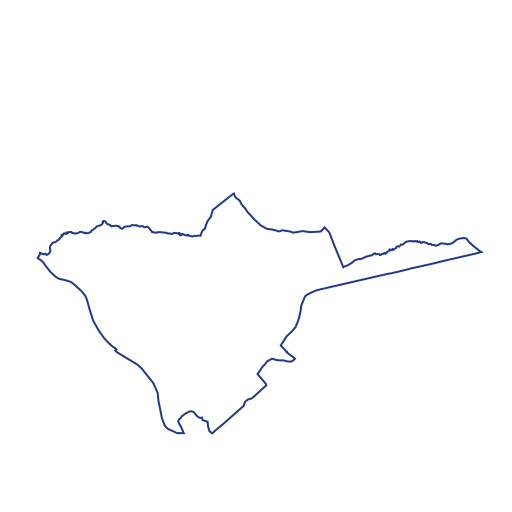 Oboga, Olt, Romania, rotated 141°
{"feature_id": "2599482B49636581279987", "entity_name": "Oboga", "entity_type": "district", "adm_level": 2, "iso_a3": "ROU", "parent_name": "Romania", "parent_adm1": "Olt", "projection": "mercator", "projection_center": [24.07, 44.419], "detail": "fine", "context": "isolated", "style": "outline", "palette": "blue", "viewbox_px": 512, "rotation_deg": 141, "n_neighbors": 0, "source": "geoboundaries", "source_scale": "gbopen_adm2", "svg_char_len": 6125}
<svg xmlns="http://www.w3.org/2000/svg" viewBox="0 0 512 512"><g transform="rotate(141 256 256)"><path d="M353.4,379.3L353.6,378.6L353.9,378.2L355.0,377.8L356.4,377.5L357.3,377.7L361.1,379.1L363.6,378.8L365.2,379.1L366.1,379.0L367.5,379.2L369.1,378.7L369.8,378.7L370.3,379.1L371.9,379.2L372.7,379.9L373.5,380.3L373.4,380.8L373.6,381.2L374.7,381.6L375.0,381.9L375.2,382.3L375.3,382.7L375.8,383.6L377.3,385.3L378.3,385.7L380.0,385.9L382.2,387.0L382.8,387.9L384.2,389.3L384.3,389.8L384.3,390.7L384.4,390.9L385.6,391.6L386.1,392.3L386.8,392.2L387.3,392.6L388.3,392.3L388.5,392.3L388.6,392.5L388.4,393.3L388.5,393.5L388.9,393.2L389.1,392.6L389.4,392.5L389.9,392.9L390.1,393.7L390.5,394.1L391.2,394.4L392.0,394.0L392.7,393.9L393.1,394.6L393.6,394.7L394.0,394.4L393.8,393.6L394.0,393.4L395.4,393.5L396.5,393.4L397.4,393.5L398.3,392.7L398.8,392.7L400.4,393.1L402.8,393.0L405.8,394.2L408.9,393.5L409.8,393.1L410.7,392.4L411.8,390.9L412.0,390.5L412.1,389.8L412.4,389.6L413.0,389.1L415.2,388.1L416.2,388.4L417.3,388.3L418.0,388.7L418.3,389.3L418.3,390.3L418.8,390.5L419.4,390.6L419.8,390.8L420.0,391.6L420.4,392.0L420.9,392.3L421.5,393.7L421.9,394.4L422.0,394.5L422.5,394.2L423.2,393.1L423.7,392.9L426.9,392.0L426.8,391.0L425.8,388.1L425.4,384.9L425.4,383.2L425.6,382.7L425.8,373.1L424.8,366.2L423.4,362.2L419.7,357.6L416.9,353.5L415.8,351.3L414.5,344.0L413.7,338.2L413.8,331.7L415.7,326.5L418.2,320.9L422.9,309.2L423.6,306.5L425.1,297.0L425.7,288.2L425.5,283.6L424.8,277.3L423.5,272.9L423.4,271.2L424.9,271.2L424.8,269.3L416.5,246.1L415.6,240.5L415.8,221.8L418.6,211.5L422.9,204.9L431.1,189.3L433.6,181.9L433.3,177.2L428.6,167.8L423.6,163.8L421.6,171.2L421.5,172.7L421.2,174.3L420.4,176.6L419.4,177.2L418.3,177.5L417.0,177.3L415.0,178.1L410.8,178.0L406.7,177.3L404.7,176.6L403.1,174.9L402.7,174.2L402.6,173.5L402.5,171.6L402.7,170.6L402.4,167.9L402.0,166.6L401.5,165.7L400.9,165.1L399.7,164.4L400.8,162.1L397.9,157.7L400.3,154.1L402.4,149.3L401.6,145.7L397.1,146.0L387.6,146.1L360.0,147.3L359.2,147.7L357.6,148.9L356.5,149.4L355.2,149.6L353.5,149.6L352.6,149.5L351.4,149.1L349.3,148.1L348.2,148.0L345.0,148.1L334.1,148.8L330.2,148.9L329.3,149.1L328.8,150.9L329.1,162.9L328.8,163.5L328.3,163.7L327.1,163.8L325.4,164.3L321.5,165.6L319.2,166.1L317.7,166.0L314.3,167.0L313.4,167.1L308.1,166.0L307.6,165.6L306.0,162.8L303.2,159.9L301.5,158.6L300.1,157.3L297.7,154.0L295.9,152.4L294.6,151.7L293.4,151.4L290.7,151.6L290.2,151.8L292.4,160.3L292.7,162.2L292.3,162.2L293.1,170.9L282.8,174.3L275.9,174.8L270.7,175.7L269.4,176.2L263.8,179.3L262.0,180.4L255.4,185.7L252.6,188.5L251.1,189.5L244.3,193.2L242.6,193.8L240.7,193.7L237.5,193.1L232.0,191.7L230.3,191.1L226.8,189.5L165.2,159.4L162.0,157.6L154.7,154.0L145.3,149.6L143.3,148.8L125.8,140.0L110.8,132.9L84.0,119.8L78.4,117.3L79.1,119.2L79.7,122.2L81.0,127.8L81.2,130.3L81.6,132.5L81.6,136.9L81.9,137.8L82.2,138.1L83.7,139.6L87.3,141.6L88.2,141.9L90.1,142.4L95.2,142.4L96.7,142.9L99.4,144.2L101.7,146.9L103.9,149.1L105.2,149.6L106.6,149.7L108.6,150.3L110.1,151.0L110.4,152.3L111.2,152.7L111.7,153.5L112.3,153.9L112.6,154.3L112.6,155.2L112.8,155.5L114.0,156.3L114.7,157.5L115.0,158.6L116.0,159.9L116.4,160.7L117.6,161.9L118.7,162.0L119.6,162.3L119.7,162.6L119.5,163.4L119.6,164.2L121.0,164.5L121.1,164.9L121.0,165.4L121.2,166.0L122.2,166.2L122.3,166.4L122.4,167.0L122.7,167.3L123.5,167.5L123.8,167.8L124.1,168.4L125.2,168.7L126.1,170.2L127.3,170.8L128.2,171.6L129.2,171.9L130.0,172.4L131.4,172.6L134.9,172.6L135.7,173.5L135.9,173.6L138.6,173.2L138.9,173.3L139.2,173.6L139.3,174.0L139.6,174.2L140.9,174.8L141.3,174.7L142.1,174.2L142.7,174.1L144.7,174.3L145.0,174.6L145.2,175.4L145.4,175.4L145.6,175.4L146.2,174.7L146.4,174.7L147.1,175.2L147.4,176.1L148.0,177.0L148.7,176.7L149.0,176.4L149.4,176.3L149.7,176.3L150.9,176.6L151.5,176.4L152.4,176.5L153.7,176.2L153.9,176.2L154.2,176.5L154.2,177.2L154.3,177.6L156.0,177.7L156.8,178.3L158.2,178.3L158.7,178.4L159.0,178.6L159.2,179.0L159.3,180.1L159.5,180.5L160.2,181.2L161.5,181.7L161.7,182.2L161.9,183.3L162.5,183.6L164.3,183.7L165.5,183.6L166.1,183.7L167.0,184.7L168.4,185.0L170.6,186.1L174.9,187.1L176.8,188.0L178.5,189.2L181.7,190.4L182.5,190.5L185.9,190.4L190.5,191.0L194.2,192.3L195.2,192.3L189.0,213.3L184.2,228.1L184.7,235.1L190.0,234.2L190.3,234.6L191.5,235.1L199.3,240.8L203.7,245.6L204.6,246.4L208.8,248.6L211.8,250.4L212.7,251.2L213.9,253.3L219.0,259.1L219.7,259.6L222.2,260.4L223.0,260.9L223.8,262.5L225.5,264.6L226.7,266.4L229.0,268.7L230.7,270.7L233.0,276.7L234.3,285.7L234.5,290.3L234.9,294.4L234.9,295.9L234.5,299.1L234.8,304.3L234.4,306.7L233.9,308.9L233.9,309.9L234.8,313.3L234.9,314.4L234.8,315.6L234.3,317.3L233.8,318.4L234.2,318.6L235.7,318.7L260.8,319.0L262.3,317.6L263.2,317.4L266.2,314.9L271.7,313.6L274.1,312.2L275.2,311.8L275.7,311.3L277.1,310.4L277.7,309.7L278.6,309.4L280.7,309.5L281.7,309.3L282.3,308.8L282.9,308.8L283.8,308.4L285.4,307.1L286.3,306.7L286.6,306.7L287.5,307.8L288.4,308.5L289.9,309.0L290.5,309.9L290.9,310.2L293.0,311.1L294.7,313.0L295.0,313.5L295.5,315.2L296.0,315.5L296.6,315.2L298.4,317.4L298.6,318.4L299.6,319.6L299.9,319.7L300.1,319.3L300.3,319.2L301.4,319.4L301.9,320.0L301.7,320.8L301.0,321.5L301.0,322.0L301.4,322.4L302.1,322.1L302.3,322.1L302.5,322.3L302.9,323.2L305.0,325.5L306.1,325.6L307.8,326.3L308.6,327.5L310.7,329.3L310.8,329.5L310.8,329.9L311.1,330.3L311.4,330.9L311.8,331.2L312.1,331.7L312.8,331.9L313.0,332.2L313.3,332.4L313.7,333.2L314.2,333.7L316.9,336.1L317.7,336.2L318.3,336.8L319.0,337.0L320.3,338.2L320.7,339.1L321.4,339.5L321.7,339.8L321.7,340.1L321.4,341.7L321.8,342.9L321.8,343.5L321.6,344.4L321.7,345.0L321.6,346.1L321.6,346.4L321.8,346.9L322.6,347.6L324.4,348.3L324.7,348.5L325.0,349.8L325.5,350.7L326.3,351.4L327.4,351.7L327.8,352.1L328.9,354.2L329.6,354.6L329.7,354.8L329.8,355.5L331.2,356.4L333.2,358.2L335.1,358.4L336.2,359.0L337.0,359.9L339.0,360.9L339.6,361.4L342.7,361.3L343.2,361.5L343.4,362.3L343.5,363.1L344.1,364.0L343.8,364.9L343.9,365.5L345.9,367.8L349.5,370.0L349.8,370.3L349.9,370.5L349.7,371.5L350.2,372.2L350.5,373.0L351.3,374.1L351.4,374.9L351.6,375.3L351.3,376.8L351.5,378.2L352.5,379.1L353.4,379.3Z" fill="none" stroke="#1e3a8a" stroke-width="2"/></g></svg>